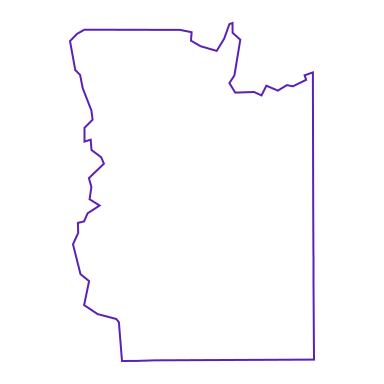 the district of Bear Lake, Idaho, United States of America
{"feature_id": "52423323B15127736824866", "entity_name": "Bear Lake", "entity_type": "district", "adm_level": 2, "iso_a3": "USA", "parent_name": "United States of America", "parent_adm1": "Idaho", "projection": "orthographic", "projection_center": [-111.379, 42.301], "detail": "fine", "context": "isolated", "style": "outline", "palette": "violet", "viewbox_px": 384, "rotation_deg": 0, "n_neighbors": 0, "source": "geoboundaries", "source_scale": "gbopen_adm2", "svg_char_len": 853}
<svg xmlns="http://www.w3.org/2000/svg" viewBox="0 0 384 384"><path d="M314.0,359.6L313.5,280.6L313.5,277.0L313.5,258.1L313.4,251.3L313.2,203.1L313.1,164.6L312.9,77.5L312.9,72.4L304.6,75.3L306.2,79.8L292.9,86.3L286.9,85.1L277.9,90.6L266.4,85.7L261.5,95.4L254.0,92.0L235.2,92.6L229.4,83.1L234.4,75.4L240.3,39.7L232.6,32.8L232.5,23.0L229.4,24.1L224.2,38.6L216.7,50.9L200.5,46.2L191.0,40.7L191.6,32.2L180.1,29.9L84.4,29.7L77.1,33.8L70.0,41.1L75.3,70.1L80.1,74.9L82.7,88.1L91.4,110.5L92.6,119.7L84.5,127.8L84.5,141.6L90.7,139.7L91.5,150.0L101.2,157.3L103.9,163.7L88.9,178.1L91.4,186.9L89.6,199.3L99.6,205.5L87.6,213.3L84.1,221.4L77.9,222.9L78.2,232.9L73.0,244.3L80.5,274.2L89.1,281.1L84.1,305.1L97.6,314.1L116.3,319.0L118.9,322.3L122.0,361.0L137.1,360.9L156.2,360.3L158.2,360.3L160.3,360.3L314.0,359.6Z" fill="none" stroke="#5b21b6" stroke-width="2"/></svg>